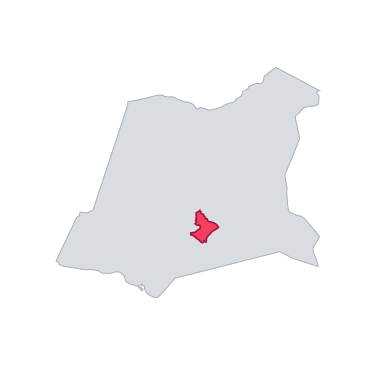 Lagdera, North-Eastern, Kenya shown in context, rotated 76°
{"feature_id": "3690345B54288416110697", "entity_name": "Lagdera", "entity_type": "district", "adm_level": 2, "iso_a3": "KEN", "parent_name": "Kenya", "parent_adm1": "North-Eastern", "projection": "robinson", "projection_center": [39.22, 0.501], "detail": "fine", "context": "in_parent", "style": "filled", "palette": "rose", "viewbox_px": 384, "rotation_deg": 76, "n_neighbors": 0, "source": "geoboundaries", "source_scale": "gbopen_adm2", "svg_char_len": 6935}
<svg xmlns="http://www.w3.org/2000/svg" viewBox="0 0 384 384"><g transform="rotate(76 192 192)"><path d="M89.3,232.9L89.2,227.9L89.8,215.3L89.7,204.2L90.3,198.6L92.7,195.1L93.9,192.5L94.7,188.9L95.9,186.0L98.8,183.6L99.3,182.3L102.4,178.4L104.2,173.3L105.6,171.5L107.3,169.9L108.5,169.1L110.5,168.3L112.1,167.8L112.4,167.4L112.5,166.5L112.0,163.4L112.7,162.3L113.7,160.2L115.0,158.3L116.1,157.0L116.7,155.7L117.0,153.5L117.0,151.9L117.0,149.4L116.7,143.5L115.4,138.6L114.6,133.2L115.2,131.3L114.2,128.1L113.7,128.0L112.8,127.3L111.8,124.2L111.0,121.5L110.5,120.8L107.0,118.4L105.3,112.7L103.4,111.4L102.4,105.7L102.2,104.1L103.3,98.5L103.2,97.2L102.0,96.0L98.8,94.8L96.2,92.5L96.5,91.7L96.7,90.8L95.3,90.2L91.3,80.6L96.5,74.8L101.7,68.9L108.4,61.5L114.6,54.7L119.9,48.8L124.6,43.5L124.5,44.5L124.5,45.8L125.1,46.6L126.1,47.2L127.4,46.6L128.6,45.8L129.8,45.6L136.9,47.8L138.0,49.7L138.0,51.8L138.3,53.3L137.7,54.8L137.1,59.3L137.3,63.4L139.4,66.5L141.3,68.9L142.8,72.3L144.0,73.4L145.5,73.9L150.4,74.0L157.6,74.3L164.6,74.5L165.2,74.6L166.7,75.0L173.1,79.6L179.0,83.8L183.9,87.4L188.7,91.0L193.4,94.4L197.1,97.3L200.6,98.1L206.5,98.5L210.5,98.7L214.2,99.9L219.7,101.0L223.9,101.6L226.4,102.2L233.3,102.9L234.4,102.5L237.5,99.3L240.9,94.2L242.2,91.3L246.7,88.5L254.4,84.6L259.9,81.8L266.0,79.1L268.8,81.5L272.6,85.3L274.3,87.2L275.7,88.1L277.7,88.7L280.2,88.7L281.6,88.6L284.4,88.1L291.0,87.6L294.8,87.7L291.6,92.8L287.8,99.0L280.8,110.3L275.5,116.3L271.5,120.8L271.1,121.6L271.2,126.6L271.2,138.9L271.3,163.5L271.4,188.0L271.5,212.6L271.5,224.9L271.5,229.0L275.1,234.2L278.5,239.3L283.1,245.9L285.5,249.5L285.9,250.7L285.8,253.1L282.0,258.1L278.9,260.4L274.8,261.5L273.6,261.3L271.9,260.5L271.3,261.7L270.8,263.6L269.9,263.2L269.2,262.7L269.6,266.0L270.1,267.6L269.4,269.9L267.4,271.8L267.2,273.4L262.9,277.7L256.7,278.2L253.5,280.3L252.0,282.1L250.9,285.9L251.3,291.7L249.6,296.2L249.3,298.5L246.1,301.4L244.7,304.1L243.6,306.8L242.7,308.0L241.7,314.1L240.2,317.8L239.8,319.0L239.4,320.1L238.2,322.3L237.5,323.8L237.0,324.8L233.2,334.3L230.3,338.6L228.0,338.1L226.4,339.7L226.3,340.5L225.5,340.1L223.5,338.5L219.6,335.3L215.6,332.1L211.7,328.8L207.7,325.6L203.8,322.4L199.8,319.2L195.9,315.9L191.9,312.7L189.6,310.8L188.6,309.7L187.8,307.5L187.4,306.9L186.3,306.2L185.1,306.1L184.8,305.6L184.8,304.6L185.2,303.0L186.6,300.1L186.8,298.3L186.5,296.4L186.1,293.2L185.7,292.5L183.0,290.8L177.6,287.3L172.1,283.9L166.6,280.4L161.1,276.9L155.6,273.5L150.1,270.0L144.6,266.5L139.1,263.1L133.6,259.6L128.1,256.1L122.7,252.6L117.2,249.2L111.7,245.7L106.2,242.2L100.7,238.8L95.2,235.3L93.1,234.0L91.3,232.9L89.3,232.9ZM271.9,266.6L271.0,266.9L271.5,265.2L274.3,263.1L275.4,263.5L275.6,264.0L275.6,264.5L275.1,264.9L271.9,266.6Z" fill="#d9dde1" stroke="#a8b0b8" stroke-width="1"/><path d="M233.5,203.5L233.5,203.2L233.5,202.9L233.7,202.6L233.7,202.3L233.8,202.3L234.0,202.1L234.2,201.7L234.3,201.6L234.5,201.4L234.9,201.3L235.2,200.9L235.2,200.7L235.3,200.6L235.5,200.4L235.8,200.3L235.8,200.2L235.9,199.8L236.3,199.8L236.5,199.7L236.9,199.7L237.2,199.6L237.4,199.5L237.5,199.4L237.5,199.0L237.7,198.9L237.8,198.7L238.1,198.5L238.5,198.4L238.8,198.2L239.0,198.1L239.7,197.3L239.9,197.0L240.1,196.9L240.3,196.8L240.5,196.6L240.8,196.6L241.5,196.1L241.9,196.0L242.2,195.9L242.4,195.7L242.5,195.5L242.8,195.4L242.8,195.2L243.0,195.2L243.2,194.9L243.6,194.6L243.8,194.3L243.8,193.7L243.6,193.3L243.4,193.0L243.3,192.9L243.0,192.6L242.5,192.0L242.9,191.7L243.3,191.2L243.5,190.7L243.9,190.6L244.0,190.6L244.1,190.4L243.9,190.2L243.6,190.2L243.4,190.2L243.2,190.3L243.0,190.2L242.9,190.1L242.6,189.9L242.5,189.7L242.4,189.7L242.2,189.7L241.9,189.7L241.7,189.6L241.4,189.5L241.2,189.5L241.1,189.4L240.8,189.3L240.6,189.2L240.4,189.0L240.2,188.9L240.2,188.7L239.8,188.6L239.6,188.4L239.4,188.3L239.4,188.2L239.2,187.8L239.1,187.7L239.1,187.8L239.0,187.7L238.9,187.4L238.6,187.2L238.4,186.8L238.2,186.5L238.1,186.4L238.0,186.2L237.9,186.1L237.7,185.7L237.4,185.3L237.4,185.1L237.2,184.6L237.0,184.3L236.9,184.2L236.7,184.1L236.6,183.9L236.4,183.7L236.2,183.4L236.0,183.2L235.9,182.9L235.7,182.7L235.6,182.4L235.4,182.1L235.2,181.8L235.2,181.7L235.0,181.4L235.0,181.2L234.8,180.9L234.6,179.7L234.3,178.8L234.0,177.8L233.7,177.1L233.4,176.6L233.4,176.4L233.3,175.7L233.2,175.5L232.9,175.1L232.6,174.8L232.5,174.7L232.3,174.8L231.8,175.0L230.8,175.4L229.9,175.8L229.7,175.9L229.2,176.3L228.6,176.7L228.2,177.3L227.9,177.6L227.5,178.1L227.0,178.6L226.7,179.0L226.5,179.4L226.5,179.6L226.4,179.8L226.1,180.2L225.9,180.4L225.7,180.6L225.6,180.8L225.4,181.3L225.2,181.7L225.1,182.0L225.1,182.4L225.1,182.5L224.9,182.7L224.8,182.8L224.6,182.9L224.5,183.0L224.4,183.1L224.3,183.3L224.2,183.5L223.8,183.6L223.7,183.5L223.3,183.6L223.2,183.6L223.1,183.8L222.9,183.8L222.7,183.9L222.4,183.9L222.3,183.7L222.2,183.7L221.9,183.7L221.8,183.9L221.6,184.0L221.4,184.3L221.1,184.6L221.2,184.8L221.1,185.0L220.9,185.0L220.9,185.3L220.6,185.4L220.4,185.4L220.2,185.4L220.1,185.5L219.8,185.5L219.6,185.4L219.4,185.4L219.2,185.4L218.9,185.4L218.7,185.8L218.6,186.0L218.4,186.1L218.2,186.2L217.9,186.2L217.8,186.3L217.6,186.2L217.3,186.3L217.2,186.1L216.9,186.2L216.5,186.4L216.4,186.5L216.2,186.6L216.0,186.9L215.8,187.0L215.6,187.3L215.6,187.5L215.4,187.6L215.4,187.8L215.2,187.9L215.1,188.2L215.0,188.3L214.8,188.5L214.6,188.6L214.3,188.6L214.2,188.4L213.7,188.5L213.4,188.3L213.4,188.6L213.1,188.7L213.0,188.8L212.9,188.9L212.7,188.8L212.6,188.7L212.3,188.8L212.1,188.8L211.8,188.8L212.0,189.0L212.3,189.9L212.6,190.6L213.1,193.0L213.5,193.0L213.8,193.1L214.0,193.1L214.3,193.2L214.4,193.3L214.5,193.4L214.8,193.4L215.1,193.6L215.3,193.5L215.6,193.3L215.8,193.4L216.0,193.4L216.3,193.6L216.5,193.7L216.8,193.7L217.1,193.6L217.3,193.7L217.6,193.7L217.7,193.9L217.8,194.1L217.9,194.3L218.0,194.3L218.3,194.4L218.4,194.5L218.5,194.5L218.9,194.5L219.0,194.5L219.2,194.4L219.3,194.2L219.7,194.3L219.9,194.5L220.0,194.8L220.3,195.1L220.5,195.1L220.6,195.3L220.7,195.2L220.8,195.2L221.0,195.2L221.3,195.1L221.5,195.0L221.8,195.0L222.0,195.0L222.3,195.3L222.6,195.7L222.6,195.8L222.9,196.1L223.1,196.1L223.2,196.3L223.3,196.4L223.4,196.5L223.6,196.4L223.7,196.5L223.8,196.4L224.0,196.4L224.3,196.3L224.4,196.2L224.6,196.1L224.7,195.9L224.8,195.8L225.0,195.7L225.3,195.4L225.4,195.2L225.5,195.0L225.5,194.7L225.5,194.3L225.5,194.2L225.6,193.9L225.8,193.6L225.8,193.3L226.0,193.1L226.1,192.9L226.2,192.7L226.3,192.5L226.5,192.5L226.9,192.4L227.0,192.6L227.3,192.6L227.5,192.6L228.3,192.6L228.5,192.7L228.8,192.7L229.0,192.8L229.3,192.8L229.5,192.8L229.7,194.0L229.8,194.1L230.0,194.4L230.1,194.8L230.1,195.0L230.1,195.5L230.2,195.9L230.5,196.2L230.7,196.4L230.8,196.7L230.9,197.0L231.1,197.1L231.2,197.4L231.3,197.5L231.6,197.8L231.7,198.4L231.7,198.7L231.6,199.2L231.7,200.1L231.7,200.5L231.6,201.0L231.5,201.3L231.5,202.0L231.5,202.4L231.5,202.5L231.4,202.9L231.4,203.2L232.1,203.3L232.6,203.4L233.2,203.4L233.5,203.5Z" fill="#f43f5e" stroke="#9f1239" stroke-width="1.5"/></g></svg>